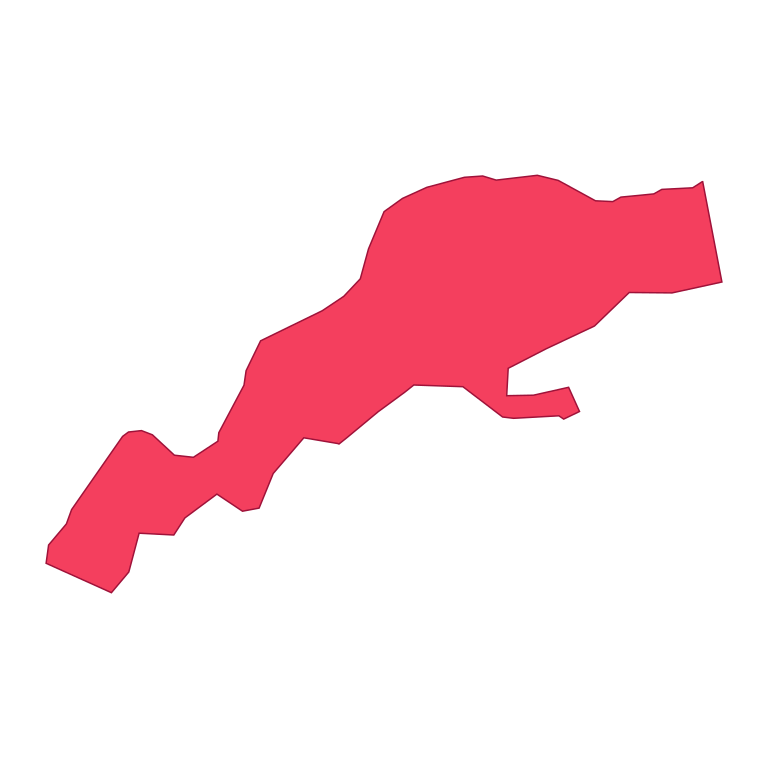 outline of Tashkent, Tashkent, Uzbekistan
{"feature_id": "79887680B72544223780666", "entity_name": "Tashkent", "entity_type": "district", "adm_level": 2, "iso_a3": "UZB", "parent_name": "Uzbekistan", "parent_adm1": "Tashkent", "projection": "natural_earth1", "projection_center": [69.187, 41.366], "detail": "fine", "context": "isolated", "style": "filled", "palette": "rose", "viewbox_px": 768, "rotation_deg": 0, "n_neighbors": 0, "source": "geoboundaries", "source_scale": "gbopen_adm2", "svg_char_len": 944}
<svg xmlns="http://www.w3.org/2000/svg" viewBox="0 0 768 768"><path d="M339.0,444.0L347.6,437.1L378.2,411.7L404.9,392.1L413.8,385.0L462.9,386.7L502.6,417.0L513.6,418.3L558.9,415.8L563.7,419.1L579.5,411.5L568.6,387.3L533.4,395.2L506.7,395.7L508.2,368.3L546.1,348.8L594.5,326.0L629.2,292.5L672.1,292.9L721.9,282.0L702.7,181.7L702.2,181.7L692.7,187.8L661.8,189.4L653.8,193.9L638.8,195.4L620.9,197.1L612.8,201.6L595.5,200.8L558.2,180.4L537.3,175.3L496.2,180.1L482.7,176.0L464.4,177.3L426.9,187.3L402.5,198.4L384.1,211.6L368.5,248.9L360.3,278.8L343.8,296.3L322.3,310.7L260.6,340.8L246.1,370.7L244.0,385.2L218.8,432.7L217.9,441.2L193.4,457.3L174.4,455.2L152.4,434.8L141.5,430.6L128.5,432.0L122.6,436.4L71.6,509.6L66.4,523.9L48.6,545.0L46.1,563.3L111.4,592.7L128.8,572.0L139.1,533.2L173.8,535.0L184.9,517.9L216.9,494.1L242.5,511.2L259.1,508.1L273.2,473.5L303.8,437.8L337.6,443.5L339.0,444.0Z" fill="#f43f5e" stroke="#9f1239" stroke-width="1.5"/></svg>